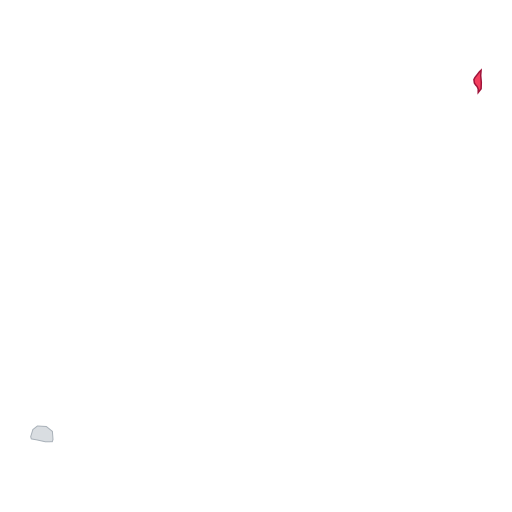 location of Mitiaro within Cook Islands
{"feature_id": "COK-4954", "entity_name": "Mitiaro", "entity_type": "state/province", "adm_level": 1, "iso_a3": "COK", "parent_name": "Cook Islands", "parent_adm1": "", "projection": "natural_earth1", "projection_center": [-157.722, -19.812], "detail": "fine", "context": "in_parent", "style": "filled", "palette": "rose", "viewbox_px": 512, "rotation_deg": 0, "n_neighbors": 0, "source": "natural_earth", "source_scale": "10m", "svg_char_len": 458}
<svg xmlns="http://www.w3.org/2000/svg" viewBox="0 0 512 512"><path d="M52.3,441.7L45.5,441.8L36.9,439.9L31.3,438.9L30.7,436.7L32.9,429.5L37.4,426.0L46.3,426.5L52.4,431.4L53.0,439.5L52.3,441.7Z" fill="#d9dde1" stroke="#a8b0b8" stroke-width="1"/><path d="M481.1,70.2L480.7,75.5L481.3,82.4L481.1,88.8L478.2,92.5L478.2,89.0L477.1,86.5L475.7,85.0L474.4,83.1L473.9,79.6L474.9,77.6L479.5,71.7L481.1,70.2Z" fill="#f43f5e" stroke="#9f1239" stroke-width="1.5"/></svg>